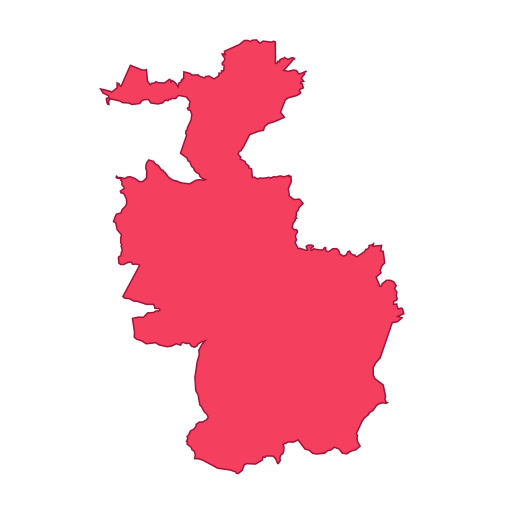 outline of Albino Zertuche, Puebla, Mexico, rotated 86°
{"feature_id": "50627088B37931704474648", "entity_name": "Albino Zertuche", "entity_type": "district", "adm_level": 2, "iso_a3": "MEX", "parent_name": "Mexico", "parent_adm1": "Puebla", "projection": "natural_earth1", "projection_center": [-98.563, 18.013], "detail": "fine", "context": "isolated", "style": "filled", "palette": "rose", "viewbox_px": 512, "rotation_deg": 86, "n_neighbors": 0, "source": "geoboundaries", "source_scale": "gbopen_adm2", "svg_char_len": 6038}
<svg xmlns="http://www.w3.org/2000/svg" viewBox="0 0 512 512"><g transform="rotate(86 256 256)"><path d="M453.9,331.4L454.2,327.5L456.1,323.1L465.1,308.9L467.6,296.8L470.0,291.3L471.4,290.7L471.8,289.0L468.9,284.7L463.5,282.3L462.5,279.8L463.5,270.9L459.9,263.9L457.2,263.2L457.5,261.1L456.2,259.8L456.8,253.0L459.7,250.5L464.4,248.9L464.6,248.2L461.5,245.9L459.6,246.4L456.4,245.3L454.9,242.9L452.3,241.9L448.4,241.4L445.9,242.2L443.7,236.7L444.3,231.6L442.3,226.9L452.1,220.5L453.4,216.5L456.9,213.1L457.8,208.7L457.4,201.1L455.1,198.1L454.9,195.2L452.2,191.1L454.5,186.4L458.6,183.8L459.7,179.3L457.4,175.2L456.2,169.8L453.0,165.4L448.2,167.7L444.4,167.9L442.3,167.2L440.2,168.3L428.5,161.9L425.3,159.4L421.9,154.7L421.0,154.7L419.8,153.1L418.1,149.9L413.7,146.4L412.0,143.7L411.3,139.6L412.0,136.5L411.5,135.2L410.6,136.5L407.7,137.5L405.3,136.5L393.5,138.1L386.7,145.9L382.9,147.3L375.5,146.9L370.6,143.7L366.2,139.2L331.9,124.7L331.5,119.6L327.9,114.7L326.2,118.9L323.9,112.6L319.0,113.6L318.0,114.9L318.9,117.7L315.6,119.0L313.8,118.8L313.8,122.2L310.8,121.8L309.9,118.7L308.3,118.1L305.1,118.9L301.8,118.0L298.3,120.1L295.4,118.2L291.2,120.6L289.6,123.7L289.3,127.5L292.5,132.1L294.6,132.9L294.8,134.6L285.3,137.7L281.6,132.5L278.5,133.0L274.5,131.0L271.8,128.1L260.2,128.8L259.6,131.3L254.2,130.0L254.5,138.7L251.0,137.5L252.9,138.8L253.4,142.5L254.5,142.3L257.0,144.2L257.0,146.0L259.2,147.4L263.8,155.4L263.2,156.7L262.0,157.2L261.8,159.0L260.3,161.1L257.6,162.3L258.1,164.0L261.2,165.8L262.3,168.7L260.0,172.0L256.0,173.3L254.3,175.0L254.1,178.8L256.7,183.1L256.1,185.3L254.6,186.2L252.8,185.8L252.3,186.8L254.6,189.0L254.4,192.2L252.8,198.2L254.4,199.8L254.4,200.8L252.1,200.7L250.6,198.1L249.7,198.3L248.9,200.2L248.8,203.0L249.9,205.3L253.7,204.2L254.0,205.3L251.2,212.3L251.5,213.5L245.2,216.1L242.5,214.3L241.0,215.1L237.9,215.1L235.2,213.1L233.6,213.1L232.6,213.8L232.4,216.1L230.2,218.0L225.9,216.7L223.2,214.3L221.7,214.4L221.2,212.8L219.4,213.6L217.8,212.7L215.4,212.9L213.3,210.8L210.6,209.6L206.9,205.4L202.3,208.6L202.3,214.3L198.4,218.6L191.0,219.0L184.5,215.7L179.1,215.5L179.0,217.4L178.3,217.0L177.8,217.6L179.0,222.3L177.8,226.3L178.6,230.5L178.1,232.8L179.2,235.8L178.4,237.6L179.0,242.7L178.5,246.6L179.2,249.4L177.2,252.1L177.4,254.1L168.8,254.4L167.5,257.1L165.8,256.8L163.0,259.8L160.9,260.4L158.2,265.0L156.3,264.3L153.3,266.8L150.8,265.7L149.8,263.6L145.8,260.6L134.5,253.9L131.6,244.4L131.2,239.8L127.5,238.4L124.6,234.4L123.6,229.3L119.7,218.0L114.3,221.5L102.3,215.9L100.4,212.7L98.8,204.3L97.2,201.0L96.2,200.0L93.7,201.2L92.8,200.5L91.6,197.1L87.6,197.8L86.8,199.7L85.6,199.1L85.0,196.2L81.8,198.5L78.1,195.0L76.3,194.8L75.0,192.6L77.5,200.0L76.8,201.4L75.3,201.5L73.7,203.0L73.1,205.8L74.1,211.0L72.8,215.4L62.5,205.0L62.1,203.8L61.6,203.7L60.6,206.2L62.2,210.6L59.9,213.6L61.0,214.7L60.8,216.1L61.9,218.4L63.8,219.0L63.2,220.5L65.0,221.4L65.3,223.1L43.7,221.8L43.0,223.6L43.7,225.9L42.1,233.9L44.2,237.3L40.5,240.4L40.5,244.6L41.6,246.9L40.4,249.1L40.2,252.6L43.9,257.8L49.5,273.2L53.0,272.8L52.1,274.3L52.2,275.8L56.7,273.4L59.0,274.0L61.2,276.3L62.9,276.2L63.5,274.8L64.4,274.6L68.5,275.2L69.1,275.6L68.7,277.5L70.8,277.7L71.4,278.6L70.9,280.1L73.7,280.6L76.4,285.5L73.2,290.2L73.5,293.8L74.9,294.8L72.5,300.2L71.3,300.9L71.0,307.2L69.3,309.0L67.2,315.1L74.2,315.9L74.2,316.8L75.6,318.3L76.1,317.8L77.2,318.6L77.9,320.7L81.8,322.0L77.7,324.2L75.2,327.2L76.5,328.7L74.6,328.8L73.7,330.0L77.0,335.2L76.4,341.2L75.1,343.8L76.3,344.9L76.5,348.1L77.8,349.5L74.2,352.0L62.4,352.3L62.9,353.6L62.5,356.7L57.0,368.0L77.2,378.7L76.0,380.5L74.6,380.6L73.7,382.5L78.6,382.8L82.5,388.7L81.5,389.9L78.5,399.4L82.7,397.2L85.8,392.0L88.0,391.5L88.0,393.7L88.8,394.4L92.9,393.9L94.3,393.3L94.6,392.2L91.2,392.2L89.0,390.4L92.0,380.7L93.7,378.5L94.5,372.2L96.2,369.3L95.8,361.4L92.7,358.4L92.2,354.6L92.5,352.3L96.0,350.2L97.5,343.2L96.8,338.6L94.2,335.6L94.9,333.0L93.7,331.9L93.9,330.4L93.0,329.4L93.3,325.2L90.4,322.1L92.4,314.5L97.7,310.8L100.1,312.0L103.1,312.1L103.2,313.6L104.0,314.1L105.6,313.3L106.1,311.4L110.3,310.2L115.5,311.2L123.4,315.5L125.5,315.8L126.2,317.1L128.9,317.6L130.4,316.7L148.3,324.2L153.3,318.1L156.3,317.2L157.6,315.3L162.1,314.0L163.5,312.4L166.5,311.4L168.8,309.3L170.0,307.1L172.5,306.4L174.6,304.4L176.2,301.1L176.8,303.0L176.0,307.1L176.2,310.6L179.5,317.3L177.6,326.4L175.8,329.3L174.8,333.2L171.5,337.7L166.1,341.1L165.7,342.2L164.0,342.7L163.6,344.3L158.8,347.3L157.2,350.0L154.5,351.6L152.7,356.2L155.1,358.4L157.4,359.4L161.4,359.8L163.6,359.0L170.6,359.8L173.8,363.8L173.8,366.9L170.4,371.1L168.2,375.8L168.1,378.4L169.6,381.5L168.3,385.1L168.2,388.0L166.7,389.6L167.9,390.0L168.7,388.9L169.5,385.5L170.2,385.1L171.1,385.6L172.4,384.5L175.5,384.9L178.1,382.9L179.4,382.7L181.8,386.8L183.5,386.4L184.5,383.5L189.8,381.3L194.6,381.3L197.1,382.6L200.2,386.2L203.7,387.8L204.2,391.5L205.6,393.1L211.8,395.8L213.1,393.6L219.9,392.7L225.6,388.6L227.5,389.5L233.3,390.1L235.3,389.1L236.7,389.9L240.9,388.9L243.4,390.3L246.3,390.6L247.0,392.8L248.2,393.4L253.7,393.2L255.1,391.4L255.3,388.6L253.8,385.2L253.3,381.9L253.8,380.4L255.2,380.2L255.8,379.0L255.7,376.1L256.7,373.0L257.4,372.9L287.1,391.6L288.8,390.1L289.8,385.1L292.4,381.3L292.9,377.7L296.6,368.6L297.0,362.2L297.6,361.2L301.1,360.5L301.9,355.8L302.8,355.6L303.8,355.9L304.0,360.0L305.2,362.0L305.2,368.0L309.3,372.5L308.8,377.7L309.7,383.6L323.1,382.5L328.6,383.1L330.6,381.0L332.7,375.9L335.9,371.7L335.5,362.1L338.0,358.8L340.3,350.9L340.0,346.7L338.0,341.8L339.7,337.3L337.7,336.3L337.1,334.8L338.5,331.6L338.3,328.7L341.6,326.4L342.7,323.9L341.8,321.5L339.8,320.0L337.9,316.5L337.0,312.5L339.9,315.7L346.0,319.6L350.6,319.5L357.3,322.0L372.8,325.4L386.0,325.5L390.4,323.5L400.7,322.4L402.4,320.9L407.6,318.6L411.0,315.7L413.8,314.9L416.1,317.0L417.9,320.8L417.7,324.2L419.8,327.5L421.9,327.8L424.4,330.2L426.0,333.7L429.7,335.6L431.4,337.4L433.4,336.8L436.2,338.3L437.0,337.2L438.7,337.9L442.5,333.9L444.5,333.5L446.6,331.1L450.4,330.4L453.9,331.4Z" fill="#f43f5e" stroke="#9f1239" stroke-width="1.5"/></g></svg>